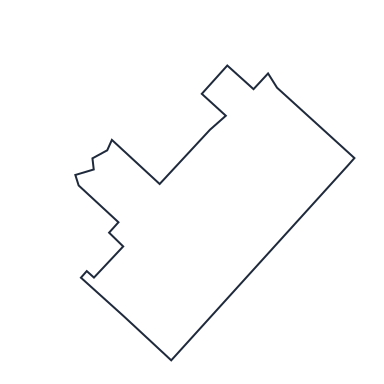 outline of Forest, Pennsylvania, United States of America, rotated 132°
{"feature_id": "52423323B60692344141753", "entity_name": "Forest", "entity_type": "district", "adm_level": 2, "iso_a3": "USA", "parent_name": "United States of America", "parent_adm1": "Pennsylvania", "projection": "orthographic", "projection_center": [-79.21, 41.475], "detail": "fine", "context": "isolated", "style": "outline", "palette": "slate", "viewbox_px": 384, "rotation_deg": 132, "n_neighbors": 0, "source": "geoboundaries", "source_scale": "gbopen_adm2", "svg_char_len": 456}
<svg xmlns="http://www.w3.org/2000/svg" viewBox="0 0 384 384"><g transform="rotate(132 192 192)"><path d="M331.0,94.8L67.2,93.9L58.1,94.0L57.6,198.6L53.0,214.8L74.4,215.1L74.4,250.4L112.5,250.4L112.7,217.9L133.7,220.3L207.7,221.4L206.9,286.4L217.7,282.9L233.6,288.5L241.0,280.1L257.4,290.1L263.0,280.6L263.7,226.4L277.7,226.4L278.5,206.7L321.2,207.6L321.2,217.3L330.0,217.2L330.0,159.1L331.0,94.8Z" fill="none" stroke="#1e293b" stroke-width="2"/></g></svg>